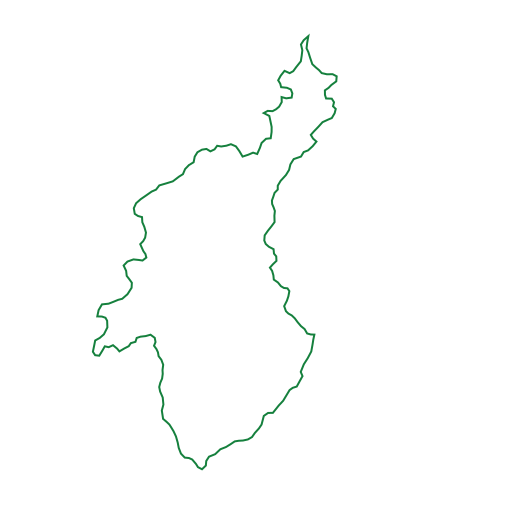 outline of Ibitirama, Espírito Santo, Brazil, rotated 224°
{"feature_id": "56859067B18321195948026", "entity_name": "Ibitirama", "entity_type": "district", "adm_level": 2, "iso_a3": "BRA", "parent_name": "Brazil", "parent_adm1": "Espírito Santo", "projection": "robinson", "projection_center": [-41.679, -20.517], "detail": "fine", "context": "isolated", "style": "outline", "palette": "green", "viewbox_px": 512, "rotation_deg": 224, "n_neighbors": 0, "source": "geoboundaries", "source_scale": "gbopen_adm2", "svg_char_len": 3328}
<svg xmlns="http://www.w3.org/2000/svg" viewBox="0 0 512 512"><g transform="rotate(224 256 256)"><path d="M139.1,201.9L143.3,203.7L146.4,211.4L147.8,218.4L149.9,225.7L153.7,231.4L156.8,235.8L159.4,240.0L162.1,237.6L165.4,235.8L170.3,237.2L174.9,236.8L180.0,237.3L184.8,238.1L189.0,238.1L192.7,237.1L196.1,237.1L200.9,239.5L202.7,245.3L204.7,249.5L207.6,253.9L210.9,254.6L213.7,252.4L217.1,251.6L221.8,252.2L226.8,251.4L230.1,254.2L234.1,256.5L237.9,257.3L238.1,261.9L237.9,266.7L241.2,269.8L244.7,270.2L248.1,273.1L253.1,271.6L257.3,271.4L260.8,272.9L264.1,276.9L265.0,282.6L265.5,288.1L266.2,293.3L270.8,297.8L273.7,301.5L277.1,303.2L280.5,304.6L283.1,307.0L284.7,310.6L286.5,314.3L286.5,318.9L289.2,321.7L290.5,327.2L290.7,335.0L292.0,340.9L294.9,345.8L296.2,351.9L292.7,358.8L293.9,363.9L291.9,368.1L291.5,374.3L292.0,380.3L296.5,380.1L300.7,381.2L300.9,386.0L300.9,392.3L301.1,398.5L298.8,404.4L297.3,407.9L298.6,413.3L300.8,417.2L304.6,417.2L306.7,420.8L310.8,421.8L315.0,418.0L318.3,419.8L321.5,423.0L320.6,427.4L320.6,431.3L319.6,437.4L322.8,441.3L327.2,440.0L331.2,436.0L335.8,433.2L339.8,433.5L343.8,433.2L348.7,433.1L354.8,436.2L359.9,439.0L363.9,440.5L367.2,444.8L371.1,450.5L371.6,444.4L370.6,439.4L365.6,436.2L362.1,431.6L359.0,427.2L358.3,419.8L357.6,414.8L358.8,410.9L364.1,409.0L363.5,402.9L362.1,397.8L358.3,396.8L355.2,394.9L350.6,398.5L346.6,400.0L342.8,398.2L340.4,394.7L343.8,390.4L348.0,388.1L344.4,384.6L343.1,379.5L343.5,375.5L344.7,371.7L348.4,368.5L349.7,364.2L343.7,366.0L338.2,362.3L334.4,359.7L330.9,356.0L327.2,350.9L330.2,347.3L330.5,341.2L328.3,336.5L326.0,330.2L329.9,328.3L331.9,323.5L334.7,318.2L340.9,319.9L346.6,320.9L351.7,319.0L353.9,314.8L357.1,310.6L360.5,308.3L359.9,303.9L361.5,299.6L366.0,298.6L368.7,295.0L370.2,290.0L369.1,284.9L366.0,280.1L367.4,274.8L367.4,269.3L365.4,264.1L366.5,259.7L367.7,251.9L370.9,246.1L374.6,239.6L374.0,234.3L375.8,229.9L377.1,223.2L378.4,216.8L378.9,210.7L377.1,205.5L372.5,202.1L368.7,202.8L365.0,204.8L361.2,201.3L356.6,199.4L351.4,196.4L348.5,192.2L347.5,188.4L347.5,184.1L343.8,182.6L340.2,181.2L336.9,180.6L333.8,178.7L334.5,173.9L337.6,171.7L341.8,168.4L344.6,162.7L344.6,157.2L339.1,155.1L335.2,151.9L331.1,151.3L326.7,150.5L323.4,146.7L321.9,139.3L322.5,132.3L324.7,128.7L326.7,124.1L328.9,119.3L333.2,114.2L331.6,107.7L328.2,102.3L324.8,105.4L321.4,107.0L318.1,106.0L313.3,101.4L311.0,94.0L311.5,88.5L313.0,83.5L310.6,79.8L306.8,73.8L302.8,72.9L299.5,75.4L300.8,81.3L302.0,86.0L298.6,88.1L296.9,92.5L291.6,92.9L288.0,92.5L286.5,98.0L284.9,102.7L285.5,106.4L283.1,110.5L284.9,114.2L283.0,117.8L279.7,121.8L277.2,126.1L272.0,126.8L268.5,124.3L267.0,120.6L263.0,119.9L259.6,118.6L256.5,116.3L252.0,115.6L247.2,113.3L244.0,109.0L241.2,106.4L238.4,102.6L236.8,98.4L234.6,94.5L230.8,91.9L224.8,89.4L219.4,84.8L216.4,79.4L213.1,76.9L209.7,74.3L204.7,74.6L201.2,74.6L197.9,73.8L193.7,72.7L188.2,70.6L182.7,67.4L178.3,64.3L172.7,61.7L167.2,61.5L163.9,64.1L160.5,65.3L154.6,64.7L151.1,63.8L146.7,65.1L146.5,70.4L149.4,74.0L150.4,79.0L147.7,85.1L147.4,92.2L144.9,97.7L143.5,103.2L142.5,107.9L140.0,111.2L137.2,114.2L134.4,118.4L133.1,123.0L133.9,127.9L134.1,134.0L134.9,138.6L139.3,146.4L138.3,151.5L134.9,154.9L135.8,164.4L135.9,170.7L138.7,182.9L138.0,186.7L136.0,190.4L137.6,196.2L139.1,201.9Z" fill="none" stroke="#15803d" stroke-width="2"/></g></svg>